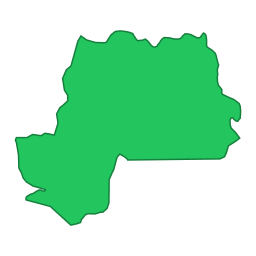 the district of Des Bottes, Soufrière, Saint Lucia
{"feature_id": "8701671B89726898979713", "entity_name": "Des Bottes", "entity_type": "district", "adm_level": 2, "iso_a3": "LCA", "parent_name": "Saint Lucia", "parent_adm1": "Soufrière", "projection": "equal_earth", "projection_center": [-61.034, 13.88], "detail": "fine", "context": "isolated", "style": "filled", "palette": "green", "viewbox_px": 256, "rotation_deg": 0, "n_neighbors": 0, "source": "geoboundaries", "source_scale": "gbopen_adm2", "svg_char_len": 2725}
<svg xmlns="http://www.w3.org/2000/svg" viewBox="0 0 256 256"><path d="M239.7,138.1L237.3,134.9L235.3,132.2L232.8,129.8L231.2,128.1L230.2,125.0L230.0,120.3L231.1,117.9L232.9,118.0L233.9,119.3L235.2,120.4L236.2,121.1L238.0,121.1L239.0,119.4L240.1,118.4L240.4,115.7L240.6,112.2L240.6,111.7L240.6,111.0L240.2,106.3L239.2,103.6L236.6,101.5L233.6,99.4L230.2,98.0L225.1,95.6L222.3,94.2L221.7,92.8L221.8,91.6L221.8,89.6L219.8,86.9L218.5,85.5L217.5,81.8L217.3,78.1L217.4,77.7L217.3,76.9L217.8,73.9L217.4,72.0L217.4,70.8L217.4,69.1L218.2,66.5L218.6,65.3L217.7,62.2L217.5,61.2L216.5,57.3L216.0,55.2L215.2,53.2L213.7,51.8L211.9,50.1L208.1,47.7L206.6,46.3L206.6,45.2L206.6,41.1L206.4,37.9L205.9,35.2L204.6,33.5L203.4,33.1L202.3,34.4L201.0,36.4L200.2,37.4L199.2,37.8L196.9,37.7L190.8,34.6L187.4,33.9L185.1,33.8L182.8,35.8L181.5,37.5L180.4,38.5L179.4,38.8L177.9,39.1L176.1,39.1L172.7,38.7L170.2,38.0L164.3,37.5L162.2,38.9L160.6,40.9L159.6,42.7L158.0,44.4L157.0,46.4L154.9,47.0L153.4,47.0L151.1,45.3L149.6,43.2L147.5,40.8L145.2,39.1L142.9,40.1L140.1,40.4L137.5,40.7L136.0,38.9L134.2,36.2L132.7,33.5L128.6,32.1L124.0,31.3L120.2,30.9L115.3,31.5L111.1,34.8L108.5,38.8L106.4,42.2L104.6,42.8L95.4,42.5L86.7,40.0L81.0,36.0L77.9,41.1L71.0,66.0L67.9,68.5L66.3,69.8L65.9,70.9L62.6,78.5L64.5,90.3L66.4,93.3L67.7,95.3L67.7,100.9L64.6,103.8L63.1,105.2L61.5,106.5L59.8,107.8L56.6,114.0L57.5,119.6L58.0,123.3L54.3,135.1L48.9,133.9L48.7,133.9L45.0,133.3L40.9,135.7L33.4,134.6L32.6,134.5L28.4,136.8L27.0,137.6L20.1,137.6L16.6,137.6L16.4,137.6L16.0,138.5L15.4,140.3L16.4,142.5L18.5,154.7L18.9,168.1L21.4,172.8L23.3,178.2L26.6,182.1L32.9,186.0L41.2,188.3L45.2,189.6L45.5,189.7L45.4,190.0L45.2,190.3L44.8,190.6L44.6,190.8L44.3,190.9L44.0,191.0L43.7,191.0L43.2,191.0L42.9,190.9L42.6,190.9L42.2,190.8L41.8,190.6L41.4,190.4L41.2,190.2L40.8,190.1L40.5,190.0L40.2,190.0L39.7,189.9L39.4,190.0L39.1,190.1L38.8,190.2L38.3,190.4L37.5,190.8L36.7,191.2L36.4,191.4L35.4,192.0L34.7,192.5L34.1,192.8L33.9,193.0L33.3,193.4L32.2,193.8L31.4,194.0L30.2,194.4L29.1,195.1L28.0,195.7L27.3,196.2L26.8,196.7L26.2,197.6L26.0,198.0L25.9,198.5L25.9,199.0L26.0,199.3L26.1,199.9L26.3,200.0L50.3,206.4L70.6,224.9L70.7,225.0L70.8,225.1L76.8,223.8L79.1,223.0L80.5,222.5L81.4,219.6L81.9,219.0L85.5,214.7L87.8,213.7L90.9,213.8L95.1,213.9L99.0,212.7L99.9,212.4L101.6,212.2L103.0,212.1L105.5,209.8L107.2,208.2L107.6,206.9L108.9,202.9L108.9,202.0L109.1,186.1L109.1,179.7L112.4,172.1L112.5,172.0L113.8,169.3L115.8,161.6L116.5,159.2L117.2,157.0L118.0,156.2L119.8,154.1L123.0,155.9L124.2,156.5L124.4,156.7L127.1,158.9L127.7,160.0L191.1,159.2L219.8,158.9L224.5,156.8L225.6,154.5L226.4,152.6L227.5,148.9L228.4,145.8L235.7,141.2L239.7,138.1Z" fill="#22c55e" stroke="#15803d" stroke-width="1.5"/></svg>